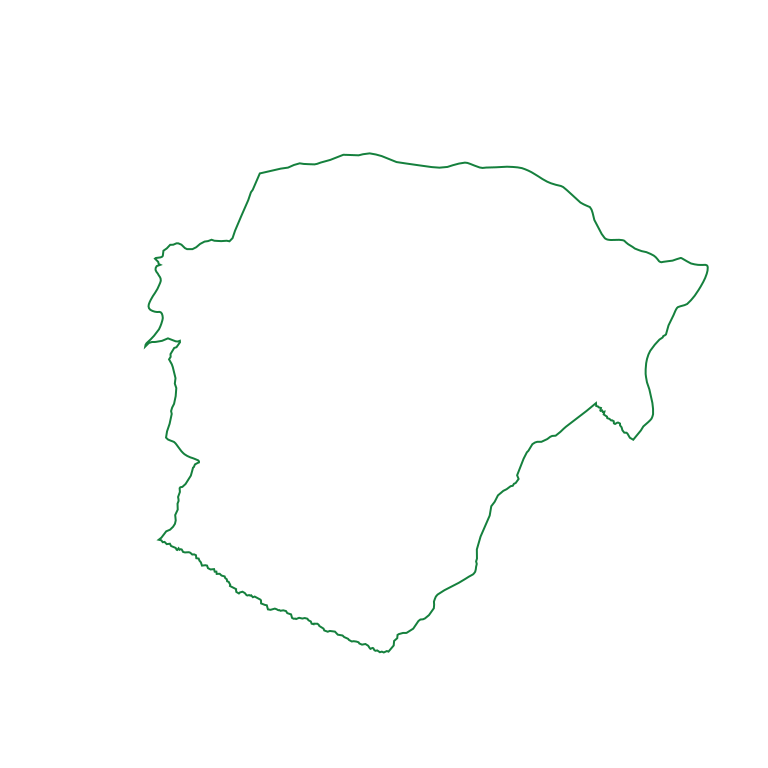 Basankusu, Équateur, Democratic Republic of the Congo, rotated 23°
{"feature_id": "63176286B59821830207387", "entity_name": "Basankusu", "entity_type": "district", "adm_level": 2, "iso_a3": "COD", "parent_name": "Democratic Republic of the Congo", "parent_adm1": "Équateur", "projection": "orthographic", "projection_center": [19.985, 1.055], "detail": "fine", "context": "isolated", "style": "outline", "palette": "green", "viewbox_px": 768, "rotation_deg": 23, "n_neighbors": 0, "source": "geoboundaries", "source_scale": "gbopen_adm2", "svg_char_len": 6165}
<svg xmlns="http://www.w3.org/2000/svg" viewBox="0 0 768 768"><g transform="rotate(23 384 384)"><path d="M635.2,337.9L638.6,326.4L639.3,321.7L642.1,315.9L643.2,313.3L643.8,311.3L643.8,309.1L643.5,306.7L641.4,301.8L638.4,296.5L630.4,285.3L625.4,279.7L622.4,275.1L620.9,272.5L619.1,268.2L617.2,262.4L616.3,258.1L615.9,253.5L616.1,249.4L617.9,242.0L620.2,235.5L622.3,232.3L622.4,230.7L623.4,229.6L624.2,228.2L623.0,218.9L623.6,207.5L623.6,203.3L623.7,201.3L624.0,199.5L624.5,198.4L626.5,196.6L629.8,194.0L631.8,191.9L633.8,187.0L635.5,181.4L636.8,174.7L637.4,170.7L638.0,165.2L638.2,160.9L638.0,156.4L637.5,153.2L636.5,150.3L636.1,149.6L635.3,148.8L634.5,148.6L633.1,148.8L630.4,150.1L626.6,151.6L623.1,152.5L619.5,153.1L615.1,152.7L610.4,152.1L608.6,151.9L607.8,152.1L604.7,154.7L601.4,157.7L597.6,159.9L593.4,162.4L591.8,163.5L590.6,163.7L589.2,163.5L586.9,162.2L584.6,161.1L582.2,160.4L578.5,160.1L574.0,160.1L569.3,161.0L566.0,161.2L562.0,161.3L559.4,160.7L554.1,159.9L551.4,159.1L549.9,158.5L548.8,158.2L547.4,158.4L544.1,159.4L536.6,162.8L534.7,163.4L533.4,163.7L532.2,163.8L530.5,163.6L529.2,162.9L525.7,160.8L522.3,158.0L513.5,150.8L509.2,145.0L506.9,142.4L504.4,140.7L500.9,140.7L497.5,140.6L493.9,140.2L488.8,138.4L476.9,134.2L472.0,132.7L469.5,132.6L464.2,133.5L459.2,134.0L455.1,134.0L449.7,133.4L444.5,132.5L440.5,131.9L436.9,131.4L433.5,131.2L430.0,131.2L426.6,131.4L422.3,132.4L418.0,133.8L412.4,135.9L402.3,140.8L393.6,144.8L390.3,146.6L387.5,147.3L382.0,147.6L377.5,147.7L374.4,147.9L372.0,148.6L366.9,151.8L361.9,155.7L357.6,159.4L350.5,163.2L343.1,165.7L330.5,169.1L318.5,172.3L308.8,174.8L292.8,175.1L286.9,175.9L280.7,177.3L274.9,180.7L271.3,183.4L261.6,187.1L257.0,188.9L247.0,198.7L239.2,204.9L236.4,207.5L234.2,209.0L229.0,211.0L224.1,212.8L220.2,213.8L218.1,215.5L215.5,217.6L211.1,222.3L204.8,226.1L187.4,238.7L187.3,256.5L186.6,259.5L187.2,267.8L187.0,284.8L187.0,293.3L187.0,301.2L187.6,308.9L186.0,313.0L183.2,313.6L178.3,316.1L171.9,318.4L168.9,318.6L166.2,321.2L163.2,323.0L160.0,326.9L157.7,331.5L155.0,334.7L150.0,336.8L147.7,336.7L143.1,334.9L139.7,334.9L138.0,335.6L135.5,338.2L132.8,339.4L131.1,344.0L128.9,347.5L130.3,352.4L130.1,353.4L128.9,354.7L124.7,357.2L124.2,358.1L128.4,359.8L129.8,361.6L131.5,361.7L130.1,363.0L128.7,364.3L128.5,366.4L129.1,368.2L130.6,369.6L132.7,370.8L134.1,371.9L136.1,373.2L137.2,374.3L138.2,376.2L138.4,378.1L138.4,380.7L138.3,384.9L137.6,389.8L136.9,393.4L136.4,397.8L136.3,400.4L136.4,402.6L136.9,404.5L138.1,406.1L139.9,407.0L142.3,407.2L144.7,407.0L147.0,406.4L149.3,405.3L150.7,405.3L152.0,406.0L153.4,407.6L154.6,409.7L155.1,411.9L155.5,415.6L155.6,418.5L155.5,421.6L154.1,427.0L153.5,429.4L151.8,434.0L149.5,439.2L149.2,441.0L149.6,442.8L151.5,438.1L154.0,436.0L157.2,434.6L162.8,431.0L167.3,426.4L175.6,426.1L177.7,425.4L179.2,424.0L179.9,425.3L178.6,431.2L176.8,432.8L175.8,439.9L177.0,442.4L176.5,445.3L181.0,448.8L183.0,451.0L189.8,460.1L191.3,465.4L194.4,468.9L197.0,476.6L198.5,484.3L198.2,488.5L198.6,492.1L200.3,494.5L202.2,504.4L202.8,512.4L204.3,518.5L205.5,519.0L206.9,519.5L209.6,519.5L211.7,519.4L213.4,519.4L215.3,520.1L216.9,521.0L219.4,522.5L223.7,525.0L226.0,526.0L227.8,526.6L230.9,527.1L234.4,527.2L236.5,527.0L238.8,526.9L240.9,526.9L242.8,526.9L243.9,527.5L244.3,528.5L243.3,529.5L241.4,531.9L241.4,534.8L240.9,535.6L241.4,539.1L242.0,543.8L240.4,553.6L238.6,557.5L236.9,558.6L236.6,559.8L238.3,563.1L238.6,568.5L239.8,570.3L240.6,571.9L240.7,574.8L243.2,580.2L243.0,586.2L245.6,591.0L246.2,594.4L245.6,597.9L244.0,601.7L241.1,604.7L239.1,612.5L237.5,615.4L240.1,614.9L242.1,616.1L243.7,615.1L246.6,616.3L249.3,614.7L251.3,616.3L256.3,616.3L257.9,617.6L258.5,617.6L259.1,615.5L260.5,616.5L261.4,615.5L262.5,615.4L264.7,617.1L266.6,616.8L270.1,615.1L271.6,615.0L274.1,615.9L275.9,615.0L277.8,615.1L279.3,617.7L281.6,617.1L283.1,618.7L285.1,619.7L287.4,622.3L290.4,620.6L292.1,620.3L293.9,622.3L296.8,622.5L299.9,620.8L301.5,622.9L303.0,622.2L304.2,624.2L305.2,623.7L306.9,622.9L309.3,623.8L312.5,623.4L313.7,624.7L315.6,625.2L316.7,626.9L318.3,626.8L320.9,628.9L321.1,630.1L322.3,630.2L328.0,630.6L328.3,631.5L329.3,633.1L332.3,633.5L332.5,633.0L332.8,632.2L334.9,630.5L337.5,630.8L340.0,632.1L341.0,632.0L342.3,631.0L343.6,631.1L344.2,630.4L346.6,631.5L348.0,630.2L354.6,630.8L355.4,631.4L356.6,634.0L360.5,633.9L362.6,633.5L365.2,636.8L367.8,636.2L371.3,633.4L373.2,633.3L374.5,633.5L375.5,633.4L376.1,633.0L377.3,633.2L379.7,631.7L382.5,631.3L384.5,632.7L388.5,632.4L390.7,635.2L392.5,635.4L394.1,634.6L394.9,634.7L397.2,632.4L400.5,631.8L402.5,630.4L405.2,630.0L406.8,631.0L409.4,631.2L410.5,632.3L411.0,632.9L413.2,632.6L413.2,632.0L416.3,630.7L417.9,631.1L419.0,632.0L423.9,632.8L425.3,634.2L429.0,634.0L430.6,632.5L435.6,631.1L439.4,632.8L444.1,631.7L446.2,632.5L450.5,632.6L451.8,633.3L454.9,633.6L456.6,632.6L459.2,631.9L461.5,631.7L462.7,632.5L465.6,632.5L468.5,630.6L471.7,631.1L473.9,632.6L475.0,633.1L476.5,631.5L477.4,631.4L479.2,632.8L480.4,632.9L481.9,631.9L485.0,632.5L486.6,631.2L488.7,631.2L491.0,628.7L492.7,628.6L495.1,620.9L493.7,616.6L495.5,612.8L494.5,609.7L495.4,608.4L498.8,605.7L502.0,604.3L506.5,597.8L508.3,588.7L509.5,586.6L511.9,585.3L513.3,583.8L515.7,579.2L517.5,571.0L516.4,567.6L515.0,564.8L514.8,562.1L514.8,559.4L515.6,556.9L520.2,550.2L530.6,537.7L534.9,531.8L537.4,528.2L540.3,524.5L540.8,523.3L541.3,521.2L540.9,518.7L540.2,516.3L539.7,513.4L538.1,511.3L537.8,508.4L534.1,500.0L532.5,486.7L532.7,463.8L530.5,454.6L531.9,449.2L532.4,442.0L535.6,435.7L538.0,432.9L540.5,428.6L542.3,427.4L542.6,425.1L543.9,423.7L545.0,418.8L542.2,416.0L541.7,398.2L542.2,391.1L543.0,389.1L544.1,381.4L545.9,378.8L547.7,377.3L551.5,375.7L555.8,370.9L557.7,367.6L559.1,366.1L562.2,364.5L565.1,359.1L566.8,355.1L568.2,352.2L581.0,329.6L586.6,318.8L587.9,321.3L590.0,321.1L590.7,321.6L593.1,321.3L593.5,323.9L593.9,324.1L595.1,323.1L596.3,324.3L597.7,323.3L598.1,326.2L602.0,326.9L602.9,328.2L605.1,328.0L607.4,328.8L608.1,328.3L610.0,328.5L611.0,330.4L612.3,330.5L613.9,328.4L614.7,328.0L616.7,328.2L617.5,329.9L619.6,331.0L621.6,333.5L624.2,334.9L626.3,334.1L627.6,334.6L631.3,337.4L635.2,337.9Z" fill="none" stroke="#15803d" stroke-width="2"/></g></svg>